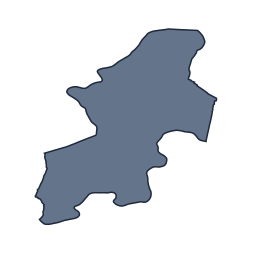 the district of Ben Cau, Tây Ninh, Vietnam, rotated 96°
{"feature_id": "81297802B61263365113672", "entity_name": "Ben Cau", "entity_type": "district", "adm_level": 2, "iso_a3": "VNM", "parent_name": "Vietnam", "parent_adm1": "Tây Ninh", "projection": "equal_earth", "projection_center": [106.154, 11.13], "detail": "fine", "context": "isolated", "style": "filled", "palette": "slate", "viewbox_px": 256, "rotation_deg": 96, "n_neighbors": 0, "source": "geoboundaries", "source_scale": "gbopen_adm2", "svg_char_len": 5771}
<svg xmlns="http://www.w3.org/2000/svg" viewBox="0 0 256 256"><g transform="rotate(96 128 128)"><path d="M133.3,49.0L132.3,49.0L131.3,48.9L129.8,48.7L128.4,48.6L119.0,47.5L116.0,47.2L111.8,46.6L108.1,46.2L104.2,45.9L103.2,45.9L100.2,45.6L99.8,45.8L96.3,45.5L95.9,45.4L95.7,45.2L95.4,44.8L95.2,44.6L94.8,44.6L94.7,44.6L94.2,44.9L93.0,44.7L92.5,44.7L92.2,44.8L91.8,43.2L91.5,43.0L89.7,43.0L89.3,43.1L89.1,43.4L88.8,44.0L87.6,47.2L87.0,48.5L85.8,51.6L85.6,52.0L85.4,52.2L85.2,52.2L85.0,52.4L84.8,52.8L83.2,55.6L82.3,57.1L80.9,59.7L79.0,63.5L78.8,63.8L78.6,63.8L78.3,63.5L78.1,63.6L76.3,67.1L75.5,66.7L74.5,70.2L74.0,70.2L73.4,72.5L73.2,73.0L72.5,72.9L71.7,72.9L71.1,73.0L70.8,73.0L70.3,72.6L69.8,72.4L69.3,72.3L69.1,72.3L68.6,72.3L67.3,72.2L66.3,72.2L65.7,72.3L65.2,72.7L64.8,72.7L64.5,72.8L64.1,73.1L63.9,73.4L63.8,73.5L63.6,73.6L63.4,73.6L62.5,73.5L61.2,73.4L60.4,73.3L58.7,72.9L57.7,72.7L55.4,72.3L52.5,71.7L52.3,71.6L50.9,70.5L48.8,69.3L47.6,68.7L46.6,68.1L46.0,67.9L45.7,67.8L44.5,67.8L43.7,67.2L43.3,66.8L42.2,64.7L41.1,63.5L40.0,62.6L39.1,62.1L37.6,61.4L36.2,60.9L35.3,60.7L34.3,60.7L33.3,60.9L31.8,61.6L30.4,62.3L28.7,63.3L27.0,65.0L26.0,66.0L25.0,67.2L23.7,69.0L24.1,76.2L24.8,87.6L25.2,95.5L25.3,98.2L26.2,101.2L27.6,107.4L28.5,110.8L29.1,113.1L30.6,116.3L31.4,117.5L32.2,118.4L33.8,119.4L35.6,120.8L39.0,123.3L40.0,123.8L41.8,124.6L44.2,125.7L47.2,127.7L49.7,129.7L51.6,131.7L52.1,132.1L54.6,133.5L55.5,134.3L56.8,135.7L57.9,137.3L59.2,139.1L60.2,140.4L61.3,142.0L63.5,144.8L64.7,146.0L66.1,147.4L67.4,148.9L68.3,150.1L68.7,150.7L69.2,152.2L69.9,154.1L70.3,155.3L71.2,158.9L71.9,160.9L72.7,162.5L73.5,163.6L74.2,164.3L74.8,164.4L75.5,164.2L76.6,163.4L78.9,161.3L80.2,160.1L81.4,159.3L82.5,158.6L83.0,158.6L83.5,158.7L83.9,158.9L84.6,159.5L85.0,160.2L85.5,162.4L86.0,164.0L86.6,165.6L88.0,168.2L88.9,169.5L90.9,171.7L92.3,173.4L92.8,174.2L93.0,174.8L93.2,176.3L93.2,177.7L92.9,179.3L92.5,181.9L92.4,183.2L92.4,184.4L92.6,185.6L92.9,187.0L94.0,189.6L94.7,190.6L95.3,191.5L96.9,192.4L98.1,192.7L98.7,192.6L99.7,191.9L100.7,190.9L101.5,189.8L103.9,184.6L105.5,181.8L106.7,180.2L107.6,179.3L108.4,178.8L109.8,177.8L110.5,177.1L111.3,176.0L112.3,173.9L112.6,172.9L113.3,172.3L114.0,172.0L115.6,171.5L117.7,170.6L119.2,169.6L121.1,168.3L122.6,167.3L124.8,165.7L126.0,164.6L126.6,163.8L127.4,162.4L128.4,161.0L129.0,160.1L129.6,159.6L130.3,159.2L131.6,158.8L133.0,158.9L137.4,158.8L138.0,158.9L138.4,159.2L139.0,160.0L140.5,162.9L142.2,166.3L143.1,168.0L146.1,173.9L149.0,179.2L153.2,187.3L154.4,190.4L161.8,208.4L162.1,208.0L162.6,207.8L164.4,207.7L164.9,207.8L165.7,207.7L166.7,207.4L167.9,206.9L169.7,206.1L170.2,206.0L170.8,206.0L171.4,205.9L172.5,205.4L173.7,205.4L174.4,205.2L175.5,205.1L176.0,204.8L176.3,204.3L176.6,204.2L176.8,204.2L180.3,205.1L182.4,205.7L184.5,206.7L185.0,206.8L186.7,206.9L187.1,207.0L188.3,207.4L188.7,207.5L189.5,207.6L189.8,207.6L191.0,208.2L193.2,209.1L193.3,209.2L194.6,209.4L195.2,209.7L197.0,210.3L197.7,210.6L198.6,211.3L199.0,211.7L199.4,211.6L199.7,211.4L200.1,211.4L200.7,211.2L200.8,211.2L201.3,211.7L201.5,211.8L201.8,211.8L202.5,212.0L203.3,212.4L204.5,212.4L205.0,212.8L205.1,213.0L205.3,213.0L205.6,213.0L205.9,213.0L206.0,212.9L206.2,212.7L206.2,212.1L206.2,211.9L206.2,211.7L206.5,211.3L206.5,211.2L206.5,210.8L206.7,210.4L206.9,210.0L207.1,210.0L207.4,210.0L207.5,209.8L207.6,208.6L207.7,208.4L208.0,207.9L208.3,207.5L208.9,207.0L209.7,206.4L210.6,206.0L211.4,205.4L211.8,204.9L212.5,203.9L213.0,203.4L213.3,203.4L213.6,203.6L213.9,203.8L214.3,203.8L214.9,203.5L215.5,203.3L216.2,203.4L216.5,203.4L217.9,203.3L219.3,203.5L220.2,203.8L222.6,203.3L223.8,203.3L224.8,203.9L226.5,205.0L228.2,206.5L230.0,204.6L231.0,203.2L232.0,201.5L232.3,200.4L232.3,199.8L232.3,199.0L232.1,197.5L232.0,196.2L231.5,194.9L231.2,193.4L230.7,192.3L229.8,189.2L229.0,186.9L227.7,184.2L226.7,181.9L224.8,176.1L224.0,173.3L223.3,171.2L222.7,169.9L221.9,168.8L220.8,167.8L219.9,167.3L219.1,167.2L217.9,167.5L216.5,168.4L216.0,169.1L215.1,171.1L214.6,171.8L214.2,172.3L213.7,172.8L213.1,173.2L212.8,173.2L212.5,173.2L212.1,173.0L211.8,172.8L211.2,171.9L210.6,170.7L209.8,169.2L209.4,168.5L208.7,167.7L206.7,165.9L205.3,164.8L202.2,162.8L200.0,161.2L198.4,160.2L197.4,159.0L196.7,157.7L196.3,156.7L195.9,154.7L195.7,153.4L195.4,149.3L195.1,147.3L195.0,146.6L194.7,142.6L194.6,141.3L194.1,139.6L193.7,138.2L193.6,137.2L193.7,136.3L193.9,134.9L194.2,134.3L194.8,133.6L195.7,133.0L196.8,132.7L197.7,132.6L198.7,132.7L199.7,133.2L200.8,134.1L201.5,134.6L202.1,134.8L202.6,134.8L203.1,134.6L203.5,134.2L204.2,133.4L205.1,132.0L205.6,130.8L206.0,129.3L206.3,127.9L206.3,126.7L206.2,125.5L205.8,124.4L205.3,123.0L203.7,119.9L203.0,117.7L200.6,109.6L200.3,108.7L200.1,107.9L200.1,107.5L200.1,103.9L199.9,103.1L199.7,102.4L199.0,101.4L198.1,100.3L196.5,99.2L194.9,98.5L193.3,98.1L191.4,98.1L190.1,98.3L188.8,98.6L187.3,99.5L185.6,100.4L182.7,101.6L181.4,102.0L179.6,102.5L178.0,102.8L175.7,103.1L174.2,103.6L172.9,104.2L171.7,104.6L170.8,104.8L170.0,104.7L168.8,104.2L167.3,102.9L165.6,101.0L164.9,99.9L164.2,98.8L163.9,97.7L163.7,96.9L163.6,93.5L163.4,92.2L162.3,89.2L161.6,88.2L161.1,87.6L160.5,87.1L160.0,86.8L159.3,86.5L159.0,86.4L157.0,86.1L155.6,86.1L154.5,86.3L153.7,86.8L153.0,87.6L152.2,88.6L151.3,90.1L150.8,91.5L150.3,92.8L149.6,93.9L148.8,95.0L147.7,95.7L146.2,95.9L144.9,95.9L143.9,96.1L142.6,96.7L141.4,97.6L140.7,97.8L139.8,97.7L138.9,97.2L137.4,96.2L135.5,94.7L133.9,93.7L131.6,92.8L130.7,92.3L129.7,91.3L129.0,90.1L127.8,87.6L127.5,87.0L127.2,86.2L126.6,84.6L125.7,81.8L125.2,79.6L125.1,78.3L125.2,76.7L125.2,75.2L125.6,72.5L125.8,70.8L125.8,66.1L126.0,64.1L126.2,63.3L126.7,62.1L127.4,60.9L129.4,58.8L130.8,57.6L131.7,56.5L132.2,55.8L132.5,54.8L132.7,54.2L132.9,52.5L133.3,49.0Z" fill="#64748b" stroke="#1e293b" stroke-width="1.5"/></g></svg>